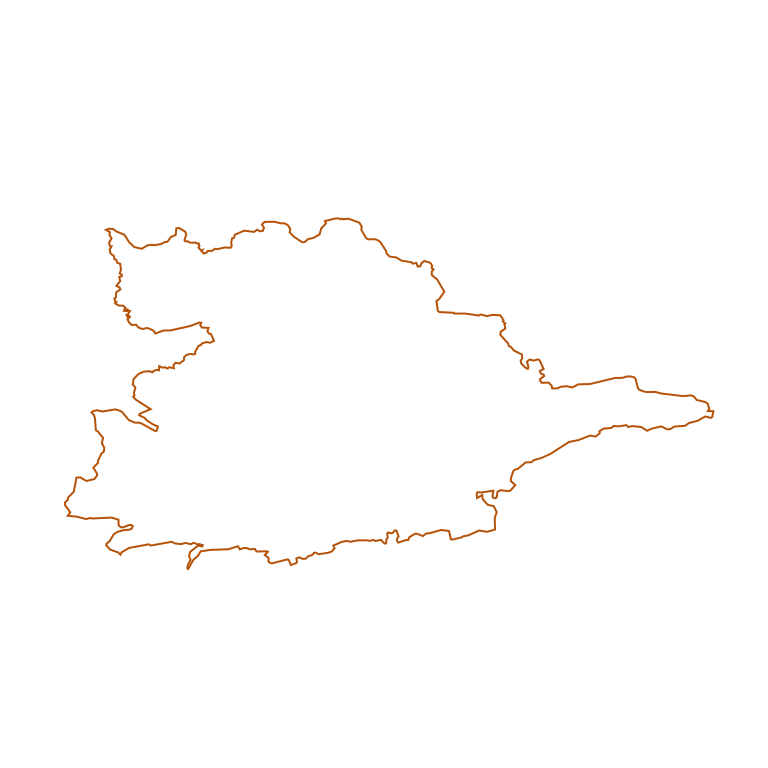 the district of Kale, Sagaing, Myanmar, rotated 266°
{"feature_id": "60261553B8221618130624", "entity_name": "Kale", "entity_type": "district", "adm_level": 2, "iso_a3": "MMR", "parent_name": "Myanmar", "parent_adm1": "Sagaing", "projection": "equal_earth", "projection_center": [94.431, 22.954], "detail": "fine", "context": "isolated", "style": "outline", "palette": "amber", "viewbox_px": 768, "rotation_deg": 266, "n_neighbors": 0, "source": "geoboundaries", "source_scale": "gbopen_adm2", "svg_char_len": 6132}
<svg xmlns="http://www.w3.org/2000/svg" viewBox="0 0 768 768"><g transform="rotate(266 384 384)"><path d="M225.7,451.3L226.5,452.3L227.2,457.8L231.2,468.6L229.4,476.6L231.1,484.6L242.6,485.1L248.3,487.5L254.5,485.0L256.3,479.0L262.2,474.5L266.4,474.2L263.7,469.0L268.4,468.8L269.6,469.9L269.0,472.8L269.9,485.7L264.7,484.4L262.9,484.9L262.2,486.9L263.1,488.5L268.6,489.7L269.9,492.9L268.5,500.0L268.8,502.6L274.0,507.9L278.3,503.8L281.2,504.0L288.4,507.1L289.6,509.0L289.8,511.4L295.9,519.8L295.7,525.6L297.7,528.5L299.2,535.8L302.7,545.2L313.3,564.6L314.5,574.2L318.2,585.9L316.8,591.5L319.8,595.8L321.9,595.6L324.2,600.3L324.3,607.7L326.1,610.2L325.4,615.2L326.0,623.0L324.1,624.7L324.7,628.8L323.1,637.7L319.0,643.2L320.7,647.8L322.4,657.5L319.0,663.5L319.0,666.4L321.3,670.8L321.3,681.5L323.8,685.5L325.4,694.2L329.2,702.2L327.4,707.7L328.3,709.2L333.9,710.6L334.4,705.2L336.5,706.7L341.7,705.6L343.6,703.3L346.3,694.7L349.9,692.4L351.3,689.5L351.0,681.7L355.3,659.5L357.2,654.1L357.6,645.6L358.4,642.7L360.4,638.4L362.0,637.1L371.8,635.2L373.4,633.7L374.3,630.5L374.6,626.9L373.5,622.4L373.9,614.9L369.6,589.4L370.1,577.7L367.4,571.8L369.0,566.3L369.0,560.6L367.6,556.6L367.8,551.5L370.7,551.1L373.9,548.3L374.2,541.3L376.7,540.0L378.0,540.0L380.7,544.3L382.1,544.0L383.4,541.2L386.2,540.4L387.8,544.3L397.1,540.7L397.8,538.9L396.9,534.9L398.3,531.0L396.3,528.2L390.7,529.3L389.1,528.5L390.1,526.6L394.6,522.5L397.5,521.9L400.2,523.7L403.7,523.7L408.3,516.0L412.5,512.8L412.9,511.3L415.9,510.6L424.8,503.5L428.0,504.1L430.9,508.9L435.2,508.3L436.0,509.3L438.0,506.9L439.3,507.7L444.4,504.8L445.4,496.9L444.5,491.8L446.6,485.1L445.7,483.4L448.5,470.4L449.4,459.0L450.2,458.5L451.9,444.3L453.2,442.8L463.2,442.1L464.9,445.0L471.8,450.6L484.5,444.4L489.3,439.3L492.7,439.4L494.9,441.4L496.0,439.7L498.8,440.2L500.6,439.3L502.0,438.0L503.9,432.7L501.6,429.5L499.0,428.5L498.8,425.8L502.5,424.7L502.1,420.9L503.4,420.3L505.9,410.0L509.3,405.3L510.8,398.4L514.2,395.6L516.8,395.2L525.6,390.4L527.8,388.0L529.1,385.1L529.4,378.2L530.8,376.3L539.5,372.1L542.6,372.8L546.7,370.6L550.7,361.7L551.5,358.6L551.1,355.3L551.9,354.0L551.3,352.6L552.4,350.1L552.5,347.3L550.7,336.4L548.1,337.3L543.7,332.3L537.6,330.1L534.8,324.0L533.7,318.2L531.1,314.6L531.1,312.3L537.2,304.4L541.8,300.5L545.0,301.3L548.7,299.6L551.1,296.4L551.6,291.9L553.5,286.0L554.0,276.1L551.6,273.3L548.1,275.2L545.1,273.7L545.1,270.6L546.8,268.2L544.8,265.1L546.7,255.1L543.3,245.6L540.1,244.4L539.9,242.6L535.4,241.4L532.1,241.7L530.6,240.5L531.3,234.2L530.1,227.3L530.7,224.8L528.9,222.1L529.0,217.3L527.5,216.3L526.7,213.2L529.1,211.4L530.3,212.2L529.9,210.9L533.0,208.4L534.3,209.5L537.1,209.0L537.1,207.4L538.1,206.2L538.5,200.4L539.9,198.4L540.3,195.5L541.4,195.0L546.9,197.2L549.7,196.4L553.9,190.6L553.8,187.7L547.3,186.6L545.4,181.5L541.0,177.9L540.7,174.7L539.1,171.2L538.5,164.1L539.1,162.5L538.9,157.9L535.8,151.7L538.0,144.5L543.3,139.6L551.0,135.5L554.7,127.8L557.4,124.8L558.1,120.3L557.1,117.4L554.6,121.2L552.0,120.5L548.2,122.4L544.2,119.5L540.5,120.3L540.3,121.8L537.3,119.8L533.6,120.1L530.2,123.7L527.3,123.7L526.5,125.7L523.6,126.3L522.3,129.2L516.3,129.6L512.7,128.0L511.1,130.2L509.7,129.8L509.2,127.3L505.1,128.0L500.6,123.9L498.7,127.0L496.8,127.6L494.2,123.3L489.0,122.6L488.0,120.9L484.8,121.7L484.4,122.8L483.2,121.5L480.8,124.7L480.3,129.2L478.0,131.5L476.3,130.2L476.2,134.3L474.9,131.5L474.5,135.6L471.6,133.5L470.8,131.9L469.1,132.8L470.4,133.6L468.7,135.3L466.3,132.6L462.6,134.3L460.4,136.6L460.5,140.8L457.3,143.2L455.7,146.9L456.4,151.6L455.5,153.9L453.2,157.9L450.3,159.4L452.8,168.0L452.3,174.2L455.3,194.5L458.2,204.0L457.8,205.9L455.5,204.8L453.1,206.2L452.2,212.9L448.7,211.5L446.4,213.1L445.9,214.9L438.9,217.4L437.3,213.3L438.2,209.8L437.1,205.2L435.7,204.2L435.0,201.7L429.6,198.0L427.2,197.7L426.8,196.2L427.5,192.7L426.8,189.2L424.7,186.5L421.6,186.0L418.7,181.4L419.7,177.4L417.5,175.3L414.4,175.5L415.7,170.9L414.5,169.0L416.0,166.7L415.7,164.5L417.5,161.0L413.4,160.6L413.9,158.1L413.2,155.2L411.7,153.9L413.1,150.9L413.1,145.2L411.1,139.8L406.4,134.5L401.1,133.3L397.8,135.7L392.4,133.9L390.2,134.3L388.8,132.9L385.4,135.7L375.2,149.4L371.3,138.2L369.9,137.6L366.8,143.0L364.5,144.5L360.1,150.3L357.3,155.5L353.1,153.9L353.2,152.1L361.3,139.7L362.5,137.0L362.9,132.6L365.8,126.9L374.6,120.7L376.6,116.7L377.4,113.9L376.2,101.2L377.8,96.2L377.3,92.0L376.0,90.2L373.5,92.4L369.7,93.3L358.0,93.3L356.7,95.2L349.9,100.0L344.6,98.4L339.7,100.6L335.9,99.7L334.4,97.3L327.2,93.2L325.4,93.3L320.9,88.2L314.5,91.5L312.8,91.5L309.4,88.5L308.0,80.3L312.0,74.6L312.1,70.7L298.1,67.0L292.9,61.0L290.6,60.5L288.1,57.6L285.3,57.4L277.9,62.1L274.6,59.3L273.0,68.6L270.1,77.2L270.8,81.6L270.2,83.9L269.7,103.2L267.2,109.6L261.4,109.5L259.4,111.5L259.3,114.1L261.0,119.4L261.0,122.0L259.8,123.5L257.4,122.3L256.4,119.6L256.5,114.8L255.0,107.6L252.8,103.8L246.4,99.4L244.3,96.4L242.6,95.6L237.9,99.3L234.5,107.1L232.1,109.2L234.4,110.5L238.2,118.1L240.5,138.2L239.1,140.0L241.4,161.2L239.5,164.3L238.5,170.4L239.3,174.6L237.7,180.2L238.9,183.2L237.0,186.8L237.1,188.8L235.9,192.0L234.6,191.4L235.6,188.3L235.3,186.6L230.0,178.9L225.9,177.5L222.2,178.8L217.0,175.6L213.7,175.0L213.1,175.8L222.1,181.7L225.3,186.2L229.9,189.5L230.6,199.3L230.0,217.1L232.3,227.0L229.1,228.7L230.2,232.9L229.8,236.1L228.5,238.5L228.4,243.7L225.8,245.1L225.3,255.8L224.7,256.5L221.7,253.1L218.6,256.7L215.1,256.4L213.8,257.4L212.9,259.7L215.8,275.6L215.1,276.7L209.9,278.5L211.4,283.8L212.4,284.8L216.1,284.4L217.0,287.1L215.1,291.2L215.3,293.8L217.4,296.4L218.6,300.8L220.4,302.3L220.6,303.9L218.8,307.0L219.5,316.1L220.5,320.2L223.6,323.2L226.4,322.2L229.4,330.8L230.1,335.5L229.0,339.7L229.8,346.5L229.3,356.4L228.5,358.6L229.2,362.8L228.0,364.3L228.7,370.3L225.9,372.3L224.8,373.7L224.9,375.0L229.0,375.6L230.5,377.0L234.5,376.7L235.6,377.9L234.6,380.2L234.8,382.3L237.3,384.8L236.7,386.3L230.8,387.9L229.3,386.4L226.6,386.1L224.8,387.0L226.8,395.1L226.7,397.3L229.4,398.6L232.3,404.1L232.4,406.4L229.6,412.1L232.0,415.9L232.0,419.6L234.4,430.8L232.8,438.6L224.5,439.9L224.0,441.2L225.7,451.3Z" fill="none" stroke="#b45309" stroke-width="2"/></g></svg>